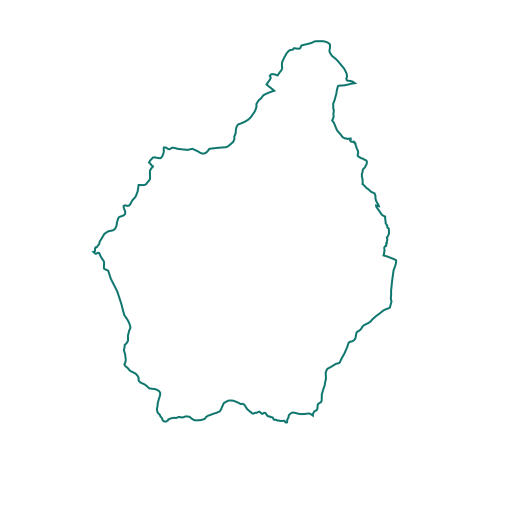 Colti, Buzau, Romania (Natural Earth projection), rotated 243°
{"feature_id": "2599482B71192083628389", "entity_name": "Colti", "entity_type": "district", "adm_level": 2, "iso_a3": "ROU", "parent_name": "Romania", "parent_adm1": "Buzau", "projection": "natural_earth1", "projection_center": [26.399, 45.4], "detail": "fine", "context": "isolated", "style": "outline", "palette": "teal", "viewbox_px": 512, "rotation_deg": 243, "n_neighbors": 0, "source": "geoboundaries", "source_scale": "gbopen_adm2", "svg_char_len": 6090}
<svg xmlns="http://www.w3.org/2000/svg" viewBox="0 0 512 512"><g transform="rotate(243 256 256)"><path d="M365.1,422.5L367.3,421.4L368.0,420.8L368.9,419.8L370.3,417.7L371.0,416.9L371.6,416.7L373.3,417.1L373.9,418.1L374.9,418.7L376.2,419.2L378.0,419.6L382.8,419.6L392.7,417.4L395.5,416.5L400.0,414.5L403.2,414.2L404.6,414.3L405.8,414.7L407.7,416.3L410.8,417.9L411.5,417.8L412.9,417.2L414.6,416.0L416.9,413.4L419.8,407.7L420.6,405.6L420.7,401.8L422.9,392.3L422.8,391.8L421.1,389.7L421.1,388.6L422.5,386.1L423.9,384.3L423.2,382.7L423.6,381.0L424.0,379.9L423.9,378.4L422.8,375.4L419.5,370.6L416.9,367.3L413.7,365.4L411.5,364.7L410.0,363.0L409.0,360.7L407.1,357.2L409.5,354.9L410.4,353.6L411.0,352.0L410.3,350.1L408.2,350.1L407.1,348.9L404.0,343.2L395.0,347.3L395.5,343.9L395.9,339.2L395.9,335.5L394.1,331.9L393.5,329.1L391.2,325.3L388.7,324.2L386.4,321.8L384.9,319.8L381.9,314.1L381.1,311.4L380.7,307.5L380.9,302.6L381.3,300.4L381.2,299.5L380.5,298.2L379.6,297.0L377.5,295.3L374.4,293.5L374.3,293.1L373.2,292.1L372.5,291.0L369.7,289.6L368.0,287.4L366.6,281.9L366.4,279.0L369.6,271.4L372.6,263.3L372.5,262.3L372.0,262.0L371.6,261.1L371.0,259.5L370.7,258.1L370.8,256.7L371.1,255.6L372.0,254.3L373.3,253.1L375.4,251.9L380.4,248.0L381.6,243.2L386.7,235.3L389.9,231.7L390.5,230.6L390.4,227.4L391.1,226.4L393.5,225.0L394.5,223.3L394.2,222.9L393.6,222.5L391.1,221.4L389.5,220.1L388.0,218.6L386.6,216.2L386.6,215.0L387.9,213.0L389.8,210.7L390.5,208.8L389.1,205.0L387.9,203.1L385.8,203.9L384.5,204.0L382.6,204.9L382.3,204.5L381.6,202.4L380.9,201.5L380.7,200.8L379.2,199.7L373.3,196.9L372.5,196.2L371.6,194.7L370.9,192.8L369.9,190.7L369.8,190.0L369.9,189.1L370.4,187.5L372.6,183.7L367.3,179.9L363.7,175.9L363.1,174.7L361.8,171.2L358.9,167.0L358.6,165.6L358.9,164.4L360.4,162.6L360.7,161.6L360.7,160.8L359.0,160.0L355.3,159.7L353.8,159.1L352.8,158.2L352.4,157.1L352.3,155.7L352.8,152.2L352.6,151.3L352.1,150.3L348.5,146.9L346.5,145.7L344.2,142.8L343.8,140.3L345.1,135.3L344.6,131.8L344.7,131.2L339.6,123.1L338.0,121.9L336.1,118.0L336.5,117.0L335.9,116.1L333.5,114.7L333.2,113.8L333.4,113.0L332.0,113.5L330.9,114.0L330.6,114.6L330.6,116.7L329.9,117.6L325.7,117.4L320.2,118.0L318.4,117.3L314.9,115.3L313.9,114.9L313.3,115.0L310.5,117.3L309.7,117.6L301.8,116.3L287.4,116.3L274.1,114.2L267.1,112.6L263.0,111.8L257.9,112.5L255.2,112.6L253.2,112.5L249.7,111.8L248.3,110.9L247.3,109.3L242.7,105.4L241.7,105.1L238.6,103.5L237.0,101.0L236.4,98.7L233.5,96.8L232.1,95.5L228.1,94.8L223.5,93.2L221.8,92.3L220.3,91.0L219.1,89.5L217.1,89.6L214.5,90.8L210.8,91.7L206.7,94.8L204.8,95.7L202.2,96.2L200.4,96.0L198.4,94.9L197.4,95.0L195.6,95.7L192.5,98.2L190.7,99.2L186.4,100.9L183.3,105.5L181.8,107.0L179.6,108.3L177.7,108.5L176.4,107.9L174.8,106.7L172.9,104.7L168.9,101.2L167.5,100.5L164.4,98.1L161.6,97.3L160.6,97.4L158.5,98.1L157.7,98.2L156.5,98.0L154.4,98.6L151.9,98.3L150.7,98.8L149.8,99.7L149.3,100.6L149.6,103.1L150.2,103.7L149.9,106.7L149.0,109.7L148.1,110.8L147.7,112.7L147.7,114.0L147.2,115.0L146.0,116.2L145.4,117.7L144.9,120.9L142.9,123.8L140.4,124.8L137.7,126.5L136.5,128.5L134.9,132.2L134.4,134.6L134.2,136.6L135.2,138.5L135.5,141.1L135.1,142.9L134.8,146.5L134.3,148.8L134.0,153.2L135.4,155.5L137.4,157.8L139.5,160.5L139.7,162.6L139.7,165.6L139.1,167.2L137.4,170.1L134.2,172.9L130.9,175.3L130.5,176.8L128.9,178.1L123.7,178.6L120.1,180.0L119.7,180.5L117.9,180.9L117.4,181.3L116.9,181.9L116.7,182.5L116.7,183.8L116.1,185.0L115.8,188.2L115.0,188.8L114.1,189.0L112.7,189.7L112.4,190.3L112.6,191.6L112.5,192.3L111.7,193.2L109.5,193.4L109.2,193.7L108.4,193.6L107.9,193.8L106.8,195.4L106.2,195.5L105.8,195.8L105.6,196.4L104.6,197.5L104.0,197.7L102.8,197.5L102.2,197.6L101.6,198.1L101.2,199.3L99.4,200.6L99.1,201.6L98.0,202.8L96.8,205.2L96.5,206.2L95.7,206.7L94.8,206.6L94.4,206.7L93.9,207.2L93.7,208.2L96.3,209.8L97.2,211.5L98.8,212.6L99.4,213.4L99.9,215.1L100.0,216.5L99.9,217.6L98.3,219.9L96.8,221.4L95.0,223.8L93.5,226.7L91.6,231.8L90.5,232.9L88.0,234.2L89.5,235.1L91.0,237.3L91.1,238.4L91.1,239.5L91.2,240.3L92.0,241.3L95.1,243.2L96.0,244.3L96.3,247.5L96.9,248.4L98.1,249.3L102.8,251.8L107.8,256.5L109.2,258.2L112.8,260.8L114.8,262.6L120.4,265.1L122.7,267.6L123.1,268.9L123.1,271.9L123.6,277.6L123.5,278.9L123.1,280.2L122.9,281.7L123.4,282.7L125.4,285.1L128.5,289.8L129.6,291.3L133.7,296.2L136.0,298.4L136.7,299.4L136.9,300.2L136.8,301.5L136.5,302.0L136.3,303.3L136.4,304.7L136.7,305.7L137.4,307.1L141.3,310.1L142.2,310.9L142.5,311.7L142.6,314.1L143.1,316.1L145.1,319.5L145.3,321.1L145.3,326.3L145.5,327.8L146.0,329.4L146.6,330.5L148.0,335.9L148.7,340.5L149.5,344.0L149.7,345.9L149.4,349.4L149.1,351.0L149.4,352.0L154.0,356.1L156.7,356.7L160.3,358.9L163.4,360.4L172.1,366.0L179.1,370.9L181.2,372.4L182.1,373.6L185.0,376.5L187.1,378.2L188.7,378.9L191.3,376.9L195.9,372.8L198.6,369.9L199.1,370.3L199.4,370.8L200.3,371.2L200.8,371.7L202.6,373.0L205.1,374.0L205.7,374.7L206.1,375.7L205.9,376.4L206.5,377.0L208.0,377.6L208.2,377.8L208.0,378.3L209.2,379.0L211.4,380.7L213.1,380.9L213.5,382.2L214.2,383.0L215.1,384.2L215.8,384.8L219.2,386.4L220.5,386.7L221.4,386.1L222.0,386.0L223.5,386.7L223.9,386.5L224.4,386.6L226.6,386.4L228.0,387.3L228.6,387.3L230.6,388.1L231.5,388.3L232.5,389.0L233.7,388.0L235.5,386.9L245.4,385.5L246.5,386.0L244.6,388.1L245.7,388.3L250.2,388.0L253.2,388.6L255.2,389.7L257.9,390.1L260.8,387.8L264.9,386.2L266.4,385.3L268.8,384.7L270.3,384.1L271.7,384.0L271.8,383.7L275.3,385.5L278.0,386.3L278.8,386.4L280.0,387.1L280.7,387.3L282.2,388.8L284.4,390.4L284.9,391.2L285.3,392.8L287.5,396.1L289.5,397.6L290.7,397.7L291.3,397.5L292.6,396.3L293.9,395.7L295.5,394.0L298.6,392.2L299.7,392.3L301.4,393.8L303.2,394.5L307.0,394.7L308.4,395.1L310.1,395.2L311.2,395.7L311.8,395.0L313.2,395.4L313.6,394.8L313.9,393.7L315.0,392.5L316.2,392.3L316.8,393.3L317.7,393.7L318.5,391.6L318.7,390.6L319.7,389.9L320.5,388.5L322.9,387.0L325.3,386.7L330.9,385.3L332.3,385.3L339.4,385.9L342.2,385.4L344.6,388.3L347.5,389.5L350.6,391.6L352.3,391.8L356.8,394.0L358.8,396.4L364.3,401.4L367.1,403.4L370.1,406.1L370.0,407.5L368.0,412.0L366.5,417.7L366.3,419.2L365.1,422.5Z" fill="none" stroke="#0f766e" stroke-width="2"/></g></svg>